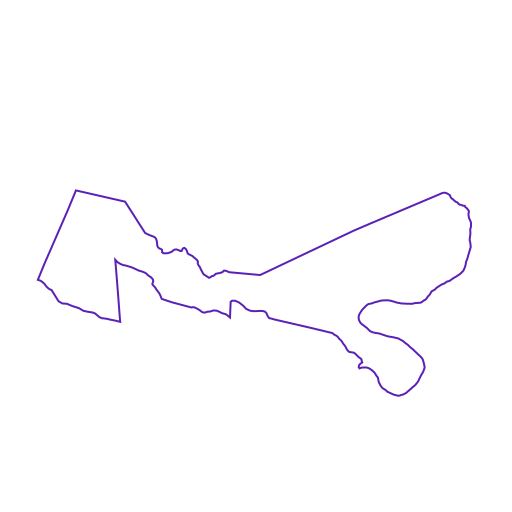 outline of Rodelas, Bahia, Brazil, rotated 103°
{"feature_id": "56859067B89920954652408", "entity_name": "Rodelas", "entity_type": "district", "adm_level": 2, "iso_a3": "BRA", "parent_name": "Brazil", "parent_adm1": "Bahia", "projection": "robinson", "projection_center": [-38.654, -9.234], "detail": "fine", "context": "isolated", "style": "outline", "palette": "violet", "viewbox_px": 512, "rotation_deg": 103, "n_neighbors": 0, "source": "geoboundaries", "source_scale": "gbopen_adm2", "svg_char_len": 4341}
<svg xmlns="http://www.w3.org/2000/svg" viewBox="0 0 512 512"><g transform="rotate(103 256 256)"><path d="M164.4,58.6L163.0,60.1L161.8,61.7L161.3,63.0L160.2,63.8L160.4,65.7L160.1,67.4L160.1,69.0L159.7,70.4L158.6,71.5L158.3,73.4L157.2,75.7L156.4,76.9L156.0,78.2L154.8,79.7L153.2,80.7L152.3,83.1L151.8,85.1L152.0,86.9L152.7,88.6L154.8,91.4L197.7,150.6L207.8,164.4L209.2,166.3L216.7,175.8L217.8,177.2L263.3,234.7L265.4,237.3L267.2,239.6L273.6,247.7L277.8,278.2L277.6,279.8L277.2,281.4L277.4,283.9L279.2,285.0L280.5,287.0L281.6,289.4L282.3,291.1L283.5,291.9L284.9,293.0L285.7,294.7L287.0,295.6L287.8,296.9L287.1,298.7L286.3,301.0L285.6,302.9L284.2,304.3L282.7,305.6L281.3,306.8L279.9,307.8L279.0,308.7L277.7,310.2L276.1,311.2L274.5,311.3L273.2,312.5L272.4,314.1L271.2,316.4L270.3,318.1L269.9,319.5L269.5,321.6L268.9,323.1L267.6,323.9L266.3,324.7L265.0,325.9L264.2,327.5L264.8,328.7L266.2,329.3L267.8,329.6L268.2,330.9L267.7,332.7L267.5,335.0L268.0,336.6L269.4,338.1L270.6,338.9L271.8,340.5L273.0,342.4L273.8,344.9L274.1,346.8L273.6,348.3L272.5,348.4L271.1,349.0L270.5,350.4L270.4,351.9L269.6,353.4L267.7,354.8L266.1,355.1L264.9,355.6L263.3,356.3L261.8,357.2L260.7,358.5L260.2,360.0L260.0,361.4L259.8,363.0L259.4,365.4L259.0,367.1L258.6,369.1L251.3,376.6L244.6,383.4L232.5,395.8L232.6,442.3L232.6,446.2L253.2,449.6L294.0,457.2L308.5,459.9L311.2,460.4L328.3,463.2L328.5,460.9L329.0,459.1L329.7,457.8L330.5,456.2L331.8,454.6L333.2,452.9L334.4,450.7L335.0,449.0L335.0,447.7L341.0,441.7L342.6,440.1L344.5,438.2L345.8,434.0L345.1,429.5L346.1,423.6L346.6,416.8L348.2,412.0L348.2,407.8L347.8,402.3L348.2,399.8L350.8,394.8L351.3,391.9L351.0,390.2L350.7,386.4L350.8,383.8L350.6,378.3L350.7,373.5L348.1,374.4L342.6,376.1L325.6,381.4L308.5,386.8L291.3,392.3L293.2,389.5L294.3,386.1L294.7,383.3L294.6,380.2L294.8,377.5L295.0,374.7L295.6,371.4L296.6,366.8L296.7,364.4L297.0,361.7L297.6,359.3L299.1,356.9L300.4,353.4L302.0,351.2L303.5,350.5L306.7,350.7L307.9,349.4L309.0,347.6L309.9,346.6L310.8,345.8L311.8,344.6L312.7,343.5L314.2,341.8L316.1,340.2L317.6,339.2L319.0,338.2L320.0,327.8L320.7,307.4L320.1,306.2L319.9,304.5L320.2,303.1L320.7,301.0L321.4,298.9L322.2,297.1L322.8,295.8L322.8,293.5L321.8,291.7L321.0,290.3L320.7,288.9L319.8,287.1L318.6,285.2L318.1,281.9L318.6,279.2L319.3,276.3L319.4,274.9L319.6,272.0L321.1,268.8L321.8,267.5L306.3,270.4L305.0,269.3L304.3,266.3L304.6,264.7L305.1,262.1L305.8,260.5L307.4,257.1L309.7,253.8L310.6,249.7L310.5,246.9L309.4,242.4L308.5,239.4L308.1,236.9L308.2,234.7L309.5,232.8L311.6,231.4L313.6,229.2L313.5,226.6L313.7,224.9L313.7,189.7L313.7,188.1L313.9,164.5L314.6,162.8L315.2,161.6L315.6,159.7L316.4,158.1L317.8,156.5L318.8,154.8L319.5,153.6L320.6,152.5L321.9,151.2L323.1,149.6L324.4,148.2L326.1,146.9L327.4,145.5L328.5,143.6L328.4,141.6L328.2,139.8L328.4,138.2L329.1,137.0L329.9,135.6L331.3,133.5L332.0,131.8L332.8,130.1L334.5,129.4L335.8,128.5L337.3,129.9L338.7,130.8L340.1,131.0L341.3,130.9L342.2,129.8L341.1,128.3L339.9,124.1L339.8,122.3L340.1,120.3L341.1,117.6L342.5,115.1L343.4,113.8L345.8,111.5L347.0,109.9L351.1,108.1L352.1,107.3L354.2,105.5L356.3,103.0L357.3,99.9L358.7,97.4L360.1,90.6L360.2,86.2L359.7,84.6L358.7,83.3L358.2,82.0L355.9,79.1L349.7,74.6L348.5,73.8L346.9,72.5L345.3,71.5L342.9,70.3L341.1,69.7L335.4,68.4L331.3,67.1L328.4,66.7L326.9,66.6L325.6,67.0L322.6,68.4L319.4,70.2L318.4,71.1L316.8,73.3L315.4,75.9L311.5,82.3L310.5,84.6L308.5,87.9L306.7,92.0L305.9,93.3L304.7,97.5L304.3,99.1L304.3,104.2L304.5,107.0L304.6,110.3L303.8,118.1L304.1,123.1L304.1,125.2L303.5,128.1L301.2,131.7L298.6,137.5L297.7,139.1L296.2,140.5L295.0,141.4L293.1,142.1L290.9,142.4L289.2,142.1L285.7,140.9L284.1,140.2L281.1,138.4L279.5,137.4L278.1,136.3L277.3,135.2L276.3,132.8L274.7,130.4L271.1,123.6L269.8,118.9L269.4,116.9L269.3,113.6L269.5,110.9L269.7,108.5L269.5,103.6L268.6,98.5L267.5,93.3L266.0,90.2L264.9,86.4L264.3,84.9L263.4,83.9L262.3,83.1L260.0,80.7L256.8,79.4L254.7,78.1L250.9,76.9L248.5,74.2L246.5,73.0L243.7,70.4L241.6,68.2L240.4,66.3L238.0,64.2L236.7,61.8L234.1,59.5L232.7,58.2L231.3,56.6L227.7,53.2L224.8,51.3L223.5,50.6L219.9,49.9L217.4,49.8L214.2,50.0L211.5,49.5L206.5,49.3L205.3,49.2L204.0,49.1L199.0,48.8L195.5,49.9L192.2,51.5L186.2,52.1L184.6,52.5L181.8,53.3L179.4,53.1L175.9,53.8L174.6,54.3L171.0,57.0L169.6,57.6L168.0,58.3L166.8,58.4L164.4,58.6Z" fill="none" stroke="#5b21b6" stroke-width="2"/></g></svg>